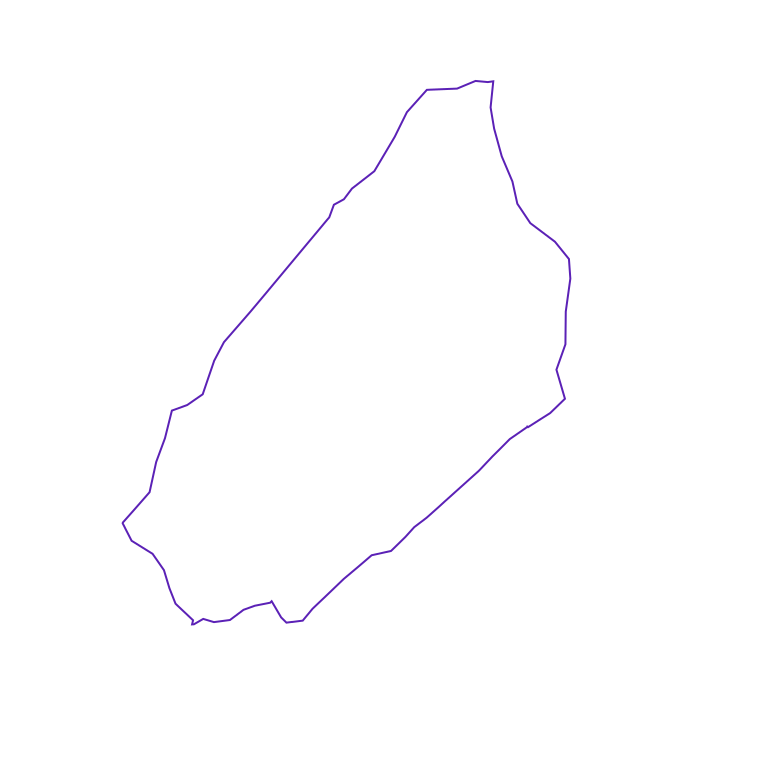 the district of Pergamos, Cyprus, rotated 307°
{"feature_id": "46923920B91768316626560", "entity_name": "Pergamos", "entity_type": "district", "adm_level": 2, "iso_a3": "CYP", "parent_name": "Cyprus", "parent_adm1": "", "projection": "robinson", "projection_center": [33.69, 35.042], "detail": "fine", "context": "isolated", "style": "outline", "palette": "violet", "viewbox_px": 768, "rotation_deg": 307, "n_neighbors": 0, "source": "geoboundaries", "source_scale": "gbopen_adm2", "svg_char_len": 1297}
<svg xmlns="http://www.w3.org/2000/svg" viewBox="0 0 768 768"><g transform="rotate(307 384 384)"><path d="M76.5,375.4L77.7,376.8L87.6,381.0L91.5,391.5L102.8,403.0L119.1,407.7L129.2,414.3L140.8,424.7L142.2,424.9L142.9,425.0L142.5,426.0L135.7,442.3L134.7,449.7L138.6,453.7L138.6,453.8L146.1,461.5L161.6,462.2L182.0,465.6L204.3,469.2L221.6,473.2L239.8,477.2L254.9,490.1L274.5,493.1L287.9,494.3L302.8,498.5L317.7,501.5L326.3,503.1L371.8,512.0L391.4,514.2L402.5,515.8L415.7,517.6L435.7,524.2L436.2,524.1L436.2,525.0L450.2,530.2L460.8,534.2L481.1,537.4L499.2,513.1L524.9,505.0L551.2,485.6L580.3,469.4L595.1,456.5L600.5,434.9L600.5,404.1L608.2,382.0L623.0,364.7L636.7,341.0L654.2,318.3L669.0,302.7L691.5,289.1L687.6,285.2L681.1,274.7L671.6,269.1L663.9,264.6L646.3,243.1L644.7,241.2L614.9,238.7L601.1,241.3L587.9,243.8L557.3,247.2L548.1,248.2L544.4,247.2L520.8,240.8L507.4,240.8L497.0,236.1L484.1,240.0L481.3,239.8L380.3,234.8L361.4,233.8L321.1,231.0L300.2,234.4L299.1,234.8L284.7,239.5L266.7,245.4L256.1,241.9L248.8,239.5L235.1,230.6L219.3,237.3L208.9,241.7L184.6,249.0L156.5,261.9L132.2,260.1L116.2,258.8L115.4,259.2L115.1,259.9L113.7,262.8L112.5,265.2L106.9,276.8L109.1,301.4L102.9,320.3L91.8,335.5L83.1,349.7L82.7,352.9L80.4,373.7L76.5,375.4Z" fill="none" stroke="#5b21b6" stroke-width="2"/></g></svg>